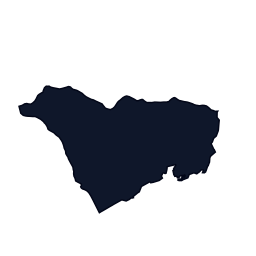 outline of Al-Haffa, Lattakia, Syria, rotated 61°
{"feature_id": "27442178B95231031847739", "entity_name": "Al-Haffa", "entity_type": "district", "adm_level": 2, "iso_a3": "SYR", "parent_name": "Syria", "parent_adm1": "Lattakia", "projection": "equal_earth", "projection_center": [36.135, 35.638], "detail": "fine", "context": "isolated", "style": "filled", "palette": "ink", "viewbox_px": 256, "rotation_deg": 61, "n_neighbors": 0, "source": "geoboundaries", "source_scale": "gbopen_adm2", "svg_char_len": 4362}
<svg xmlns="http://www.w3.org/2000/svg" viewBox="0 0 256 256"><g transform="rotate(61 128 128)"><path d="M191.4,63.3L189.7,63.2L189.0,63.1L188.8,63.1L188.5,63.2L187.9,63.3L186.8,63.2L181.9,62.9L181.1,61.0L178.6,58.2L178.5,57.9L177.8,54.7L174.2,50.5L173.8,50.2L173.5,49.9L171.7,48.7L168.1,46.3L165.3,44.4L162.7,44.9L161.9,45.0L157.4,42.4L157.1,41.9L156.8,41.4L156.4,42.2L155.7,43.7L153.9,45.1L152.6,46.5L151.1,47.0L150.8,47.1L149.2,47.6L146.8,48.7L146.7,48.8L145.2,50.4L144.2,52.0L143.7,53.4L143.2,54.8L142.1,56.1L141.2,57.3L139.6,58.9L139.1,59.2L138.3,59.7L136.5,61.3L135.1,62.6L134.0,63.7L132.8,65.3L132.1,66.2L129.9,68.6L128.9,69.8L127.2,70.8L125.4,71.6L124.1,72.4L124.0,72.7L123.7,73.4L123.7,75.4L124.1,77.5L124.2,78.0L124.7,79.4L124.4,80.4L124.0,81.8L122.8,83.9L122.6,84.3L121.8,86.1L121.4,87.0L120.4,88.7L118.9,91.1L118.3,92.1L118.0,93.0L117.3,94.9L116.0,97.1L115.3,98.5L115.2,98.7L114.4,99.5L112.3,100.6L110.3,101.3L110.2,101.4L109.8,101.9L109.4,103.5L109.3,104.0L109.1,105.9L108.2,107.3L106.9,108.0L106.3,108.3L105.5,108.8L103.6,110.1L102.3,111.0L101.1,111.8L100.7,112.3L99.4,113.6L99.0,115.2L99.0,117.6L99.4,119.5L99.8,121.2L100.0,123.0L100.5,124.6L101.8,127.0L103.1,129.5L103.6,131.9L103.4,134.5L101.5,136.6L99.7,138.2L98.4,138.4L96.3,138.8L94.4,139.0L91.6,141.1L88.8,143.2L87.9,143.8L86.7,144.6L85.0,146.4L82.1,148.4L80.4,149.5L78.1,150.5L75.5,151.3L73.2,152.7L71.5,153.7L70.2,154.6L68.6,156.2L67.5,157.4L65.6,158.2L64.4,158.4L63.5,159.2L62.9,160.0L62.5,162.2L61.5,166.4L60.7,169.0L58.9,171.1L56.6,173.9L54.7,175.9L53.2,176.7L52.8,177.5L52.4,178.3L51.8,179.3L52.3,181.5L54.3,184.0L54.8,184.4L55.4,184.8L55.4,186.8L55.5,189.4L55.9,191.2L58.1,194.3L59.3,196.5L60.0,199.5L60.0,201.5L58.8,203.3L57.5,204.7L56.8,206.7L56.9,209.6L56.2,212.8L63.1,214.6L66.1,213.5L67.9,211.6L68.9,210.2L70.8,207.2L72.0,205.4L73.0,203.6L74.5,202.4L78.1,200.1L81.7,198.7L82.9,198.7L83.8,198.3L85.1,198.1L87.7,198.0L90.3,198.5L91.8,197.9L94.3,196.3L96.2,195.1L99.3,194.2L102.7,192.6L104.9,192.4L106.6,192.2L108.5,192.2L110.6,192.5L112.7,192.9L114.5,193.5L117.6,193.7L118.7,194.1L119.8,194.6L120.7,194.8L123.4,194.7L125.3,194.6L125.8,195.0L130.9,195.1L135.2,195.1L136.0,195.3L138.1,196.1L139.4,196.3L141.8,197.8L144.1,198.6L145.4,198.6L146.9,198.8L148.9,199.4L151.2,198.0L152.9,196.8L154.4,196.1L155.5,196.4L156.5,197.9L157.8,197.9L159.2,197.3L160.5,196.1L161.3,195.5L162.0,195.0L163.5,194.2L165.8,193.6L169.2,193.4L173.7,193.5L178.4,193.7L188.2,194.1L188.1,192.3L188.1,190.4L188.0,185.6L187.9,181.9L187.9,180.7L187.9,179.6L187.8,177.3L187.8,176.0L187.8,168.3L190.9,165.0L191.1,161.7L190.7,159.2L191.3,158.2L191.6,157.0L191.0,156.9L190.5,156.9L189.4,151.1L189.3,149.1L185.6,144.6L185.6,138.9L185.6,134.8L186.9,134.7L187.7,132.3L189.0,126.2L188.6,122.9L188.5,122.2L186.2,122.1L185.9,121.8L185.8,121.6L185.4,120.8L184.5,119.8L184.5,118.4L185.2,118.1L185.8,117.6L186.0,116.7L183.4,114.3L183.1,114.1L182.2,113.4L181.4,112.9L180.9,112.6L181.0,111.7L183.2,103.6L183.2,103.4L183.3,103.6L184.8,105.8L184.6,106.3L184.9,106.6L185.0,106.7L185.1,106.8L185.3,106.9L185.4,107.0L185.8,107.9L186.2,108.0L186.2,107.9L186.4,107.9L186.4,108.0L186.8,108.1L187.0,108.2L187.0,108.4L187.0,108.6L186.9,108.9L187.0,109.2L187.0,109.3L188.3,109.7L190.0,110.2L190.2,110.3L190.4,110.4L190.8,110.5L191.4,110.5L193.0,110.5L193.5,109.2L194.6,108.3L194.7,108.5L195.0,108.6L195.0,108.9L195.3,109.0L195.6,108.8L195.9,107.5L195.9,107.4L195.8,106.6L195.1,105.9L195.1,105.5L195.4,104.5L195.5,104.3L195.6,104.1L195.8,103.4L196.2,103.2L196.2,103.3L196.4,104.3L196.5,104.3L196.8,104.3L197.1,104.3L197.0,103.9L196.4,101.9L196.5,101.2L197.5,101.0L198.5,102.4L198.0,102.8L197.7,102.5L197.1,102.6L197.0,102.9L197.4,103.6L197.6,104.3L197.8,104.9L197.7,105.2L198.4,105.3L198.9,104.8L199.1,104.9L199.3,105.6L198.9,105.7L199.0,106.1L199.1,106.5L198.9,106.6L198.8,106.4L198.6,106.3L198.6,106.2L198.4,106.3L198.3,106.8L197.7,107.2L197.6,107.8L197.5,108.3L197.2,108.9L197.7,109.6L198.7,108.9L200.0,106.5L199.9,104.8L200.6,99.8L199.5,98.4L198.3,97.0L198.7,94.9L199.1,92.3L199.7,91.6L200.0,91.3L200.3,90.8L200.6,90.8L201.2,90.4L201.4,89.7L201.1,88.5L201.2,87.6L200.9,87.1L200.9,86.6L200.1,84.1L200.8,83.1L201.0,82.8L201.4,82.6L201.6,82.5L203.2,84.5L204.2,82.9L204.0,81.4L203.5,80.9L203.1,80.3L199.9,76.8L199.9,76.2L198.5,74.7L197.4,73.3L193.6,70.8L192.6,69.1L191.4,63.3Z" fill="#0f172a" stroke="#020617" stroke-width="1.5"/></g></svg>